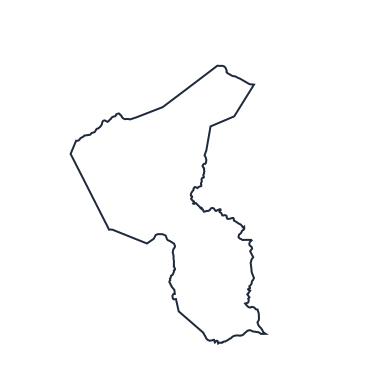 San Miguel Ixitlán, Puebla, Mexico, rotated 295°
{"feature_id": "50627088B6450542910055", "entity_name": "San Miguel Ixitlán", "entity_type": "district", "adm_level": 2, "iso_a3": "MEX", "parent_name": "Mexico", "parent_adm1": "Puebla", "projection": "mercator", "projection_center": [-97.779, 18.007], "detail": "fine", "context": "isolated", "style": "outline", "palette": "slate", "viewbox_px": 384, "rotation_deg": 295, "n_neighbors": 0, "source": "geoboundaries", "source_scale": "gbopen_adm2", "svg_char_len": 5975}
<svg xmlns="http://www.w3.org/2000/svg" viewBox="0 0 384 384"><g transform="rotate(295 192 192)"><path d="M122.8,132.7L123.6,134.1L124.3,136.2L124.3,137.4L126.3,172.9L133.4,177.1L135.6,177.2L137.7,177.3L139.5,179.0L141.3,183.2L141.4,186.5L140.8,187.2L138.6,189.3L138.1,190.6L138.2,192.8L137.6,197.6L135.6,199.6L134.7,199.7L134.1,199.7L133.6,199.5L132.8,199.5L132.1,199.3L129.1,200.0L127.6,201.4L126.9,201.7L126.3,202.3L125.5,202.7L124.3,203.1L122.9,204.1L121.2,205.1L119.9,205.6L119.1,206.1L118.6,206.2L118.2,206.4L118.0,206.7L117.5,206.8L116.9,206.9L115.5,208.8L114.9,209.2L114.5,209.3L114.0,209.3L113.8,209.2L113.7,208.9L113.4,208.8L113.0,208.8L112.5,209.2L111.9,209.4L111.3,209.3L109.9,209.4L108.7,209.4L108.4,209.3L107.9,208.7L107.0,208.4L105.9,208.8L104.8,208.9L104.1,208.6L103.0,209.5L102.0,209.3L100.7,209.6L99.7,211.2L99.0,211.7L98.5,212.9L97.7,213.3L96.2,216.6L95.8,217.4L92.4,219.5L91.9,218.5L91.6,218.3L90.7,218.1L89.5,218.2L88.6,218.8L87.6,219.5L87.0,220.4L87.1,221.1L88.2,222.7L78.2,230.4L69.2,261.9L68.7,262.2L66.5,265.5L65.6,266.4L65.1,267.3L64.6,268.8L64.7,270.9L65.6,272.3L67.3,274.2L67.3,274.5L66.5,275.2L65.4,276.1L65.2,276.3L65.4,276.5L66.9,276.6L67.5,277.1L67.8,277.6L67.5,278.5L66.3,279.3L65.8,279.7L66.5,280.1L67.0,280.5L67.3,281.0L67.6,282.2L68.0,282.8L68.7,283.4L69.0,283.2L69.2,283.4L69.6,283.9L69.9,284.1L70.7,285.4L73.4,287.3L74.6,288.0L74.9,288.1L75.9,289.1L77.2,289.5L78.3,290.1L79.2,290.8L80.2,292.0L80.8,293.0L81.6,294.6L82.0,296.3L82.4,296.6L83.0,297.6L84.3,298.7L86.1,299.3L86.8,299.6L87.5,300.0L89.0,300.6L89.9,301.1L90.4,301.9L90.9,302.2L91.3,303.1L91.4,304.2L91.4,306.3L92.2,308.8L92.3,309.5L92.9,311.0L93.0,312.2L92.7,313.8L92.5,314.3L94.2,317.9L94.6,318.7L95.0,316.0L96.3,314.3L96.8,313.8L97.1,313.2L97.4,312.6L97.7,312.2L98.1,311.3L98.3,310.5L99.0,308.9L100.0,307.8L101.6,306.4L103.7,306.7L105.4,306.3L107.0,305.4L109.0,304.5L110.6,303.4L112.4,301.8L113.2,301.0L112.7,299.8L112.7,299.3L113.5,297.7L113.6,296.5L113.4,295.4L113.0,294.4L112.1,294.0L111.9,293.4L111.6,292.8L111.6,291.7L111.9,290.6L112.4,289.5L112.6,288.8L113.4,287.3L115.2,289.4L116.5,289.6L118.0,289.1L119.0,288.0L120.8,288.6L122.6,285.4L123.7,285.9L123.9,285.7L124.6,285.8L125.3,286.1L127.2,286.4L127.1,284.6L127.3,284.2L127.5,284.0L128.0,284.0L128.5,284.4L128.8,285.0L129.3,285.2L129.7,285.1L130.4,284.1L130.9,283.8L131.2,284.0L131.7,284.3L133.9,284.8L136.1,284.1L136.7,284.1L137.9,284.5L140.3,284.5L143.5,281.0L144.6,280.0L145.6,279.3L146.6,278.9L147.4,278.3L148.3,277.8L149.2,277.2L150.3,276.6L152.2,275.3L153.0,275.0L153.9,274.9L156.3,274.5L158.2,275.0L158.9,275.0L160.7,272.5L161.4,271.7L162.6,270.0L163.1,269.7L163.8,269.9L165.9,270.4L166.4,270.2L167.3,269.4L167.7,268.3L167.9,267.3L168.2,266.6L168.6,266.2L169.6,265.7L171.6,265.6L172.1,265.8L172.7,266.3L173.3,266.5L173.5,266.1L173.6,265.8L172.1,262.5L169.9,258.1L169.9,257.6L170.1,256.0L170.0,255.2L170.2,254.3L170.4,253.6L170.7,253.3L171.0,253.1L173.2,252.7L173.7,252.8L174.6,253.4L175.8,253.8L177.9,253.8L178.6,254.0L179.3,254.6L180.3,254.9L181.3,254.7L182.5,254.0L181.4,253.5L181.4,253.1L182.3,251.8L183.0,250.2L183.1,249.7L183.1,248.4L183.2,247.1L183.7,244.2L183.8,242.0L185.2,241.3L185.6,241.0L185.8,240.6L185.9,240.2L185.7,239.8L184.3,238.2L183.3,236.9L182.9,236.2L182.7,235.6L182.8,235.1L183.0,234.8L183.6,234.2L184.1,233.9L184.5,233.8L184.8,233.5L185.0,233.3L185.1,233.0L185.0,231.9L184.8,231.4L183.7,229.9L183.6,229.7L183.6,229.4L183.9,229.0L184.7,228.2L185.3,227.2L185.4,226.9L185.4,226.5L185.4,226.1L185.5,225.6L185.7,225.3L186.0,225.1L186.3,225.0L186.7,225.1L187.5,225.6L188.3,225.2L188.1,224.4L186.0,222.5L185.0,221.9L184.9,221.5L184.9,221.1L185.1,220.8L185.8,219.6L186.3,218.7L186.3,218.1L186.2,217.5L186.0,216.9L185.6,216.4L185.2,216.2L183.2,215.7L182.6,215.4L181.9,214.9L181.5,214.4L181.3,213.7L181.0,213.2L179.3,211.5L179.2,211.1L179.3,210.8L179.6,210.4L180.6,209.4L180.8,209.1L180.8,208.5L180.6,208.1L181.1,207.9L181.7,207.5L181.8,207.2L181.6,207.0L181.5,206.7L181.1,206.4L181.3,205.9L181.7,205.5L182.5,203.0L183.6,200.2L182.3,199.1L182.0,198.5L182.0,197.9L184.0,198.0L184.4,197.3L184.3,196.7L184.7,195.5L184.9,195.3L185.1,194.7L185.5,194.0L187.4,194.3L188.1,193.9L188.1,193.6L188.0,193.1L188.1,192.7L188.5,192.3L189.4,192.0L190.8,191.8L192.0,191.9L194.6,192.5L195.9,191.9L197.7,192.5L197.9,193.1L197.9,194.0L197.8,195.2L198.1,195.4L198.6,195.5L199.8,196.2L200.6,197.1L201.2,197.8L201.6,197.8L202.2,197.6L202.7,197.0L203.4,196.6L203.9,196.4L205.5,196.5L206.1,196.3L206.5,195.8L207.3,195.4L208.1,195.2L208.7,195.2L209.6,195.8L209.9,196.4L210.6,196.5L211.8,195.2L212.6,195.0L213.4,195.1L213.9,195.2L214.3,194.8L215.1,194.5L215.8,194.6L217.1,193.6L218.6,193.0L218.8,192.1L219.4,191.5L219.5,191.1L220.0,190.6L220.8,190.5L222.0,190.7L222.5,191.0L223.1,191.7L223.3,192.2L223.8,192.3L224.8,192.1L227.1,191.5L227.8,190.9L228.2,190.5L229.2,189.7L229.9,188.9L230.2,188.2L230.5,187.9L231.4,187.8L231.9,187.8L233.2,187.6L234.3,187.5L235.4,187.5L259.3,181.1L278.4,198.3L315.5,202.8L314.7,200.4L314.1,199.0L314.2,196.5L315.0,187.5L314.9,185.0L315.1,182.7L314.9,181.7L314.3,180.0L314.3,178.2L314.5,176.8L314.8,173.3L315.5,172.4L316.0,172.5L316.8,172.1L317.6,171.1L318.7,169.9L319.2,168.7L319.4,167.6L319.1,166.0L318.5,164.8L317.4,162.5L317.3,161.7L285.8,145.1L256.6,129.6L236.4,110.3L231.8,105.4L231.4,104.6L231.3,103.4L229.6,100.2L229.6,98.9L230.2,96.9L231.4,95.6L231.5,94.7L231.7,93.9L232.1,93.6L232.3,92.9L232.2,92.3L230.4,90.5L229.7,90.7L229.1,90.7L228.4,90.5L228.0,90.2L227.5,89.2L225.7,87.8L223.6,87.5L223.2,87.1L222.3,86.8L221.1,86.6L220.4,86.0L219.9,85.8L220.0,82.8L219.8,82.2L219.2,81.7L218.6,81.3L217.6,81.2L215.0,81.7L214.0,81.6L212.0,81.2L211.2,80.6L210.4,80.4L209.8,79.9L209.0,79.0L207.8,78.7L205.8,78.6L205.0,78.3L204.3,77.6L203.9,77.0L203.0,76.1L201.2,75.6L200.7,75.3L199.0,72.6L197.9,71.1L197.6,70.5L196.5,70.3L193.7,68.2L191.7,67.8L190.9,67.5L190.5,67.1L190.0,66.5L189.6,65.8L189.5,65.3L175.2,65.9L158.8,86.9L124.6,130.5L122.8,132.7Z" fill="none" stroke="#1e293b" stroke-width="2"/></g></svg>